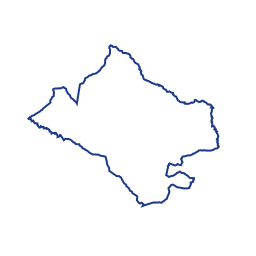 outline of Inocência, Mato Grosso do Sul, Brazil, rotated 154°
{"feature_id": "56859067B243090422915", "entity_name": "Inocência", "entity_type": "district", "adm_level": 2, "iso_a3": "BRA", "parent_name": "Brazil", "parent_adm1": "Mato Grosso do Sul", "projection": "mercator", "projection_center": [-52.047, -19.66], "detail": "fine", "context": "isolated", "style": "outline", "palette": "blue", "viewbox_px": 256, "rotation_deg": 154, "n_neighbors": 0, "source": "geoboundaries", "source_scale": "gbopen_adm2", "svg_char_len": 5756}
<svg xmlns="http://www.w3.org/2000/svg" viewBox="0 0 256 256"><g transform="rotate(154 128 128)"><path d="M48.8,119.8L50.0,120.2L51.3,119.7L52.6,120.1L53.0,120.8L53.5,121.1L55.1,123.8L55.6,123.8L56.1,123.5L56.8,122.5L57.3,122.3L58.8,122.3L59.2,122.5L59.8,123.1L61.3,123.0L63.0,123.2L64.6,124.0L65.3,124.5L66.1,124.7L66.4,125.2L65.8,126.2L66.2,126.5L66.9,126.4L67.7,127.2L69.6,128.3L70.3,130.0L71.0,130.8L71.1,131.3L70.9,135.1L72.0,136.0L72.2,137.1L72.7,137.7L72.8,138.6L72.3,139.2L72.2,139.9L73.2,140.5L73.8,141.1L74.6,142.6L76.5,143.1L77.1,143.5L77.0,144.7L77.1,145.8L78.3,147.0L78.9,148.0L78.9,148.6L78.5,149.6L78.8,150.2L79.4,150.7L80.6,152.6L81.7,152.3L81.9,152.9L81.8,153.7L82.5,154.4L83.5,154.5L84.3,155.2L86.0,157.3L86.9,158.0L87.9,159.8L88.5,160.3L88.9,161.1L90.4,162.4L90.7,163.2L91.8,164.1L92.3,164.9L92.1,167.2L91.7,168.8L92.0,169.4L92.5,170.0L92.5,170.6L92.2,171.4L92.2,172.3L91.1,173.2L91.4,173.9L91.3,175.0L92.0,175.4L92.1,176.1L91.0,177.0L90.8,177.6L90.9,178.2L91.2,178.6L90.9,180.5L91.0,181.0L92.5,182.7L93.2,184.2L93.2,185.9L93.0,186.3L93.3,187.9L94.3,188.9L94.4,189.7L94.9,190.5L94.3,191.5L94.2,193.0L94.7,193.7L95.0,194.7L96.2,195.3L96.9,196.4L97.9,196.7L99.0,197.4L99.5,197.5L99.7,198.0L99.7,200.0L101.7,201.1L102.1,201.8L102.4,202.6L102.3,203.6L102.8,204.2L103.2,206.2L106.0,207.5L106.2,208.0L106.2,208.7L106.7,209.2L107.2,209.3L107.5,209.9L108.7,209.2L109.2,209.1L109.8,207.9L109.7,206.5L110.1,205.6L111.2,203.8L111.3,203.3L112.2,202.2L113.5,201.3L115.3,201.5L116.4,200.6L116.7,200.1L117.2,200.2L117.8,200.1L119.2,198.4L119.5,197.4L120.3,196.1L121.7,194.9L122.4,194.5L124.6,194.1L127.5,192.5L127.9,192.1L128.6,191.9L129.2,192.0L130.4,191.5L132.2,191.2L132.9,191.1L136.2,191.9L136.7,191.9L137.1,191.6L138.4,191.8L139.1,191.7L139.9,192.1L141.8,191.5L143.6,191.4L144.2,191.6L145.3,190.8L146.0,189.6L147.0,189.2L148.2,188.1L148.9,187.9L150.7,188.4L152.1,188.3L163.2,172.4L163.3,174.3L163.8,174.9L164.4,176.1L164.5,177.4L165.8,179.6L166.1,180.9L165.9,183.1L167.0,185.6L166.8,186.1L166.8,186.7L167.1,188.1L166.4,190.4L167.5,191.6L167.9,192.9L168.3,193.2L169.0,193.0L171.9,193.3L172.4,193.9L173.1,194.2L173.9,194.3L175.7,195.3L177.1,195.6L178.3,195.6L178.6,195.1L178.8,193.1L179.1,191.9L179.9,191.1L180.4,189.7L180.7,189.3L181.9,189.0L182.5,189.1L184.1,187.7L185.4,187.0L186.0,186.5L186.6,184.8L195.9,182.7L196.5,182.2L197.1,182.0L198.6,182.0L200.2,181.4L201.6,181.4L203.9,181.1L204.6,181.2L206.3,180.7L209.3,181.0L210.0,180.7L211.3,180.7L213.4,180.1L213.2,179.4L212.6,179.1L211.5,179.2L211.3,178.6L211.6,177.3L211.4,176.7L211.5,176.2L211.0,176.1L210.5,176.4L210.0,176.3L209.9,175.6L210.0,174.2L209.5,172.9L208.8,172.7L208.5,172.1L207.9,172.1L207.4,171.9L207.6,170.9L208.2,169.9L207.9,169.4L207.5,167.2L206.7,167.0L205.5,167.9L204.9,166.4L203.6,166.2L203.4,165.7L203.8,164.7L203.2,164.6L203.0,164.1L201.2,163.8L201.1,163.3L201.3,162.8L200.5,162.7L199.7,161.4L199.6,160.9L199.9,160.3L199.4,159.8L199.8,159.0L199.1,158.6L198.9,158.1L198.8,157.4L199.1,156.6L198.2,156.8L197.6,156.3L196.7,155.9L196.3,155.0L195.4,155.6L195.0,155.2L195.4,154.6L194.5,153.1L194.8,152.5L194.9,151.1L195.2,150.7L194.6,150.6L194.1,150.9L193.6,150.5L193.1,150.6L192.2,151.5L191.7,151.1L191.0,145.1L189.4,145.8L186.1,144.1L184.8,142.5L184.2,141.5L183.3,138.9L182.4,138.4L182.1,136.7L180.9,135.7L178.9,134.7L179.1,133.3L177.9,131.5L177.7,130.7L177.8,130.0L177.6,129.5L176.4,128.4L175.9,127.2L174.7,125.6L173.2,122.2L171.3,119.8L166.1,116.9L165.1,115.4L161.3,112.6L160.8,112.0L161.7,107.4L162.7,104.4L162.5,100.4L163.6,97.6L159.7,90.6L159.5,90.0L157.1,88.6L155.9,86.4L156.0,84.8L155.8,81.0L155.7,80.0L154.6,77.8L154.7,77.0L155.0,76.4L153.6,73.6L153.7,70.8L152.7,69.6L152.4,68.9L152.6,67.9L152.4,67.1L150.1,63.5L149.8,62.8L149.8,62.1L150.1,61.6L151.7,59.1L151.1,56.1L150.7,55.3L150.3,54.9L148.4,54.8L148.2,54.0L147.5,52.5L149.0,51.5L144.5,51.0L137.5,49.8L136.4,49.0L135.1,48.7L133.9,47.9L132.6,47.6L131.0,46.3L130.5,46.1L130.1,46.4L127.5,46.7L125.6,47.2L124.1,47.3L123.1,48.6L122.0,49.3L121.6,49.8L120.0,51.1L119.5,51.9L118.8,52.4L118.2,55.2L118.1,56.1L117.5,56.5L115.6,56.9L115.2,57.5L114.4,57.8L112.8,57.6L112.3,57.3L109.7,53.1L106.5,51.0L106.0,50.3L105.3,50.1L104.8,49.5L103.8,48.9L102.7,48.6L101.6,47.8L100.4,47.4L99.7,47.5L99.0,47.3L98.7,47.9L96.3,49.7L96.0,50.1L95.9,51.2L95.5,51.5L94.9,51.0L93.6,51.4L92.9,51.2L92.2,52.6L91.6,52.7L90.8,53.5L90.7,54.2L92.2,54.7L94.3,56.1L95.0,57.5L95.1,58.5L96.2,60.3L96.7,61.4L97.3,62.0L97.4,62.7L98.0,63.3L99.6,64.0L100.1,65.7L100.6,66.2L102.3,66.0L103.9,66.2L105.2,65.6L108.6,65.3L110.3,65.9L112.5,65.9L114.3,69.0L113.1,70.3L111.2,72.9L109.3,75.0L108.9,76.3L107.6,76.5L107.4,77.3L106.4,78.0L105.3,77.0L102.2,73.7L100.4,73.5L99.3,74.0L98.4,72.7L96.7,71.4L94.0,73.4L94.2,73.9L93.9,75.2L94.0,76.4L93.6,77.2L92.8,77.2L92.4,77.9L91.5,78.2L90.7,78.2L89.8,77.7L86.4,77.2L83.9,76.1L83.2,76.1L81.7,76.0L80.8,76.4L79.3,76.0L76.6,76.4L75.2,76.3L74.5,76.7L73.8,76.7L72.6,76.2L70.6,74.9L70.0,75.0L67.5,73.4L67.1,73.2L63.8,71.5L61.0,70.9L58.7,71.3L57.4,70.7L56.7,70.6L54.9,71.2L54.5,71.6L54.6,72.3L55.0,72.7L54.8,73.5L53.9,74.4L54.2,75.5L54.1,76.2L53.4,76.4L53.0,76.9L52.9,77.5L52.6,78.1L53.3,78.5L53.0,79.1L52.2,79.1L51.8,79.3L50.9,80.8L50.4,81.1L50.2,83.2L50.4,85.8L49.6,85.8L50.0,87.2L49.7,88.0L50.5,88.2L51.0,88.8L50.5,89.3L49.9,89.6L50.1,90.4L49.8,91.0L50.1,91.5L50.0,92.0L50.9,92.8L51.7,92.6L51.6,93.1L51.1,93.5L50.4,94.7L50.4,96.3L49.5,96.7L49.6,97.3L50.0,97.7L49.7,98.3L48.3,99.3L48.2,100.1L47.9,99.8L47.5,100.2L47.7,100.9L47.5,101.5L47.7,102.2L46.8,105.1L45.4,106.1L45.1,106.8L44.6,107.3L43.9,108.5L43.5,108.9L42.6,108.7L42.6,109.2L43.0,110.0L43.5,110.3L44.0,110.3L43.2,111.1L43.1,111.7L44.4,113.6L45.6,113.8L46.0,114.4L46.8,116.8L47.7,117.8L47.9,118.5L48.5,118.7L48.8,119.8Z" fill="none" stroke="#1e3a8a" stroke-width="2"/></g></svg>